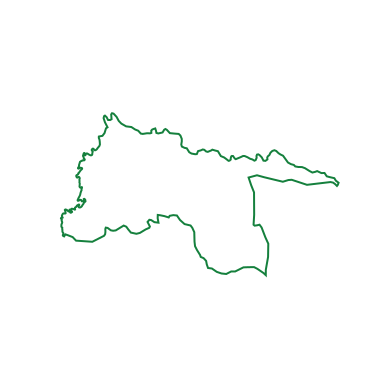 outline of Tres Islas, Cerro Largo, Uruguay, rotated 333°
{"feature_id": "84410073B15604045088045", "entity_name": "Tres Islas", "entity_type": "district", "adm_level": 2, "iso_a3": "URY", "parent_name": "Uruguay", "parent_adm1": "Cerro Largo", "projection": "robinson", "projection_center": [-54.84, -32.439], "detail": "fine", "context": "isolated", "style": "outline", "palette": "green", "viewbox_px": 384, "rotation_deg": 333, "n_neighbors": 0, "source": "geoboundaries", "source_scale": "gbopen_adm2", "svg_char_len": 5861}
<svg xmlns="http://www.w3.org/2000/svg" viewBox="0 0 384 384"><g transform="rotate(333 192 192)"><path d="M170.3,253.8L172.3,256.2L173.3,259.8L172.3,263.2L171.8,267.0L175.0,269.2L177.8,274.4L181.3,278.0L185.3,280.6L190.9,280.6L194.4,282.4L203.6,282.5L207.5,284.3L213.2,287.1L215.4,290.2L218.9,296.6L220.0,299.6L222.4,294.9L230.3,284.4L236.5,272.7L236.8,265.7L237.9,255.2L237.3,251.8L234.8,251.2L232.5,250.4L232.0,249.1L237.0,240.6L247.1,220.5L247.8,212.9L249.0,204.8L257.5,206.6L263.0,211.6L277.6,224.1L283.3,225.1L286.4,226.4L297.7,237.8L319.9,246.0L322.0,247.7L323.1,249.9L323.9,252.4L325.2,251.8L326.8,250.3L325.3,247.2L325.1,244.3L321.4,241.2L319.2,239.2L318.7,235.2L315.9,233.9L313.0,230.2L311.0,230.0L308.1,229.3L306.2,226.6L303.5,222.1L301.3,219.7L298.1,218.0L295.6,216.1L295.0,214.1L292.8,212.1L290.9,209.3L289.6,201.0L287.9,198.8L286.7,196.7L285.7,193.7L284.4,192.2L282.2,191.9L279.8,192.6L277.7,194.2L275.6,194.7L274.6,195.6L274.0,197.2L271.6,197.6L269.9,196.5L269.9,192.8L268.9,189.7L268.1,188.5L266.9,188.2L265.8,189.2L265.1,190.9L263.1,192.5L261.8,192.4L260.6,190.4L258.9,188.8L257.2,186.2L255.3,183.9L253.9,183.1L250.7,183.0L245.9,182.6L245.4,181.8L245.1,180.3L244.9,178.6L243.9,178.0L243.2,178.1L242.5,178.7L241.7,179.7L241.2,180.7L239.7,181.1L238.7,180.8L237.5,178.2L236.3,175.8L234.0,173.1L233.8,170.1L233.6,167.4L231.4,165.5L229.3,163.5L228.2,163.7L224.3,163.4L223.0,162.3L222.1,160.0L220.9,159.0L218.6,158.9L216.0,158.3L213.5,160.4L212.0,159.8L209.0,157.5L207.6,155.3L207.2,150.7L205.4,149.3L203.6,146.9L204.0,144.8L205.8,142.4L207.0,140.0L207.3,136.4L206.5,134.2L202.9,132.0L199.0,129.5L197.8,125.2L196.9,123.8L195.5,123.9L192.8,125.6L188.5,124.5L187.1,123.2L187.7,121.2L188.1,118.7L186.5,118.4L184.9,118.3L183.6,118.8L182.6,120.9L181.3,120.7L178.5,119.2L174.5,117.9L172.9,116.7L171.9,113.0L169.7,110.5L167.5,106.6L163.1,103.6L160.1,99.0L159.0,95.4L158.9,90.8L157.7,86.6L156.5,85.5L155.2,86.2L153.4,90.6L151.7,90.7L149.9,89.7L149.9,86.6L149.1,84.4L148.1,84.5L146.8,86.0L146.1,90.3L146.1,96.0L144.3,96.2L140.8,99.8L137.7,101.3L134.2,100.3L133.8,100.9L133.4,102.0L133.4,102.7L133.3,103.5L132.6,105.4L131.5,107.9L130.3,109.0L128.1,109.9L126.6,110.7L125.8,110.9L125.4,110.9L124.8,110.9L124.4,110.7L124.0,110.2L123.9,109.7L123.9,108.9L123.7,108.6L123.2,108.3L122.8,108.4L122.2,108.6L121.8,108.9L121.7,109.2L121.6,109.6L121.9,110.9L120.7,112.3L120.3,113.1L119.9,113.4L119.6,113.6L119.1,113.6L118.7,113.5L118.2,113.2L117.1,111.7L116.8,111.3L116.6,110.8L116.1,110.1L115.8,109.9L115.5,109.8L115.2,109.8L114.8,110.0L113.7,110.8L113.4,110.7L113.1,110.5L113.0,110.2L113.0,109.9L113.2,109.6L113.3,109.2L113.8,108.9L113.9,108.7L113.8,108.4L113.5,108.3L113.3,108.3L113.0,108.5L112.8,108.8L112.5,109.0L111.3,110.3L111.2,110.8L111.3,111.4L111.2,111.9L111.0,112.4L110.9,112.7L111.2,113.9L111.2,114.3L111.1,114.5L110.8,114.7L110.4,114.8L110.1,114.8L109.6,114.5L109.1,114.2L108.4,114.1L107.9,114.3L107.2,114.1L105.9,114.3L103.6,116.7L102.8,118.0L101.5,118.7L101.3,119.0L101.2,119.2L101.3,119.4L101.6,119.7L102.3,119.7L103.3,119.6L103.6,119.7L104.7,120.6L104.8,120.9L104.8,121.1L104.5,121.5L104.1,121.7L102.7,122.1L100.0,123.5L99.8,123.7L99.7,123.7L99.2,123.7L99.0,123.9L98.8,124.3L98.5,124.5L97.5,124.7L97.0,124.6L96.6,124.7L96.4,124.8L96.0,125.6L96.0,126.6L96.2,127.0L96.4,127.1L97.1,127.0L97.8,127.1L98.1,127.3L98.3,127.8L98.3,128.3L98.2,128.8L97.4,129.7L96.6,131.5L96.1,132.2L95.8,133.6L94.2,136.2L94.2,136.4L94.3,137.1L94.5,137.4L95.3,137.6L96.0,137.6L96.1,137.8L96.0,138.1L95.8,138.4L94.9,139.2L94.4,140.3L93.5,141.0L92.2,142.3L91.1,143.7L89.9,144.7L88.5,145.6L86.5,147.2L86.3,147.5L86.3,147.9L86.5,148.1L87.2,148.3L87.8,148.1L88.1,148.0L88.5,148.1L89.1,148.4L89.6,148.9L89.6,150.2L89.9,150.4L90.4,150.6L90.7,150.7L91.1,150.6L91.5,150.5L91.7,150.4L92.4,149.1L92.6,149.1L92.9,149.2L93.1,149.6L93.3,150.2L93.3,150.7L92.8,152.0L92.5,152.1L92.0,152.1L91.4,152.4L90.9,152.5L90.5,152.7L89.7,153.4L88.5,153.9L87.8,154.4L87.3,154.7L86.8,154.9L86.1,155.0L85.4,155.0L84.9,154.8L84.5,154.6L84.3,154.2L84.2,153.8L84.3,153.2L84.5,153.0L84.8,152.8L85.3,152.6L85.6,152.5L85.7,152.3L85.7,152.0L85.5,151.8L85.2,151.7L84.4,151.8L83.6,151.8L83.3,151.9L82.9,152.1L82.2,152.6L81.9,152.7L81.3,152.7L80.8,152.8L80.5,153.0L80.1,153.7L80.0,154.3L79.9,154.5L79.7,154.5L79.5,154.4L79.3,154.3L79.0,153.7L78.4,153.1L77.4,152.4L77.1,152.3L76.7,152.5L76.5,152.9L76.4,153.1L76.1,153.2L75.9,153.2L75.6,153.0L75.5,152.8L75.4,152.3L74.9,152.2L74.7,152.5L74.6,153.1L74.6,153.3L74.9,153.4L76.1,154.7L76.2,155.0L76.1,155.3L75.3,155.5L74.8,155.5L74.5,155.4L74.3,155.2L74.2,154.9L74.2,154.2L73.7,153.7L73.0,153.0L72.7,152.0L72.5,151.5L72.2,151.0L71.5,150.2L71.2,150.1L70.9,150.1L70.6,150.2L70.4,150.7L70.4,151.0L70.5,151.4L70.5,151.6L70.2,152.1L69.9,153.2L69.8,153.5L69.6,153.6L69.3,153.6L69.0,153.5L68.5,153.2L67.9,152.8L67.6,152.7L67.3,152.7L67.0,152.8L66.5,153.1L66.1,153.4L65.4,154.0L65.1,154.4L65.0,155.0L65.0,155.3L65.1,155.7L65.2,155.9L65.1,156.1L64.9,156.1L63.7,155.8L63.4,155.8L63.2,156.1L63.5,157.4L62.8,158.4L62.7,159.7L62.6,160.1L61.7,161.1L61.2,161.4L60.8,161.9L60.0,163.3L60.0,163.6L59.9,164.0L60.1,164.6L60.2,165.0L59.8,165.6L59.5,166.1L59.4,166.8L59.1,167.4L58.8,167.9L58.6,168.5L58.5,169.2L58.7,170.3L58.5,170.7L57.7,171.5L57.4,171.7L57.2,172.0L57.2,172.4L57.4,172.8L57.9,173.5L60.0,172.3L61.9,174.3L65.2,178.0L66.6,182.7L80.6,191.1L93.7,191.1L95.4,190.2L96.7,188.3L98.0,185.6L99.0,184.6L100.5,185.7L102.3,189.3L104.1,190.7L106.6,191.6L115.9,190.9L117.7,193.1L118.2,196.3L119.1,200.4L123.5,204.0L127.0,204.8L133.7,204.3L137.7,204.5L138.8,203.6L138.8,198.5L141.4,197.4L142.9,198.5L144.8,201.8L148.2,204.1L149.5,199.8L151.1,196.9L153.0,198.2L156.4,200.9L159.7,204.1L161.3,203.1L164.8,204.1L167.9,206.1L168.6,211.5L170.8,217.2L175.5,221.2L176.0,224.0L175.8,228.8L171.7,237.4L170.1,241.7L170.1,246.0L170.6,251.8L170.3,253.8Z" fill="none" stroke="#15803d" stroke-width="2"/></g></svg>